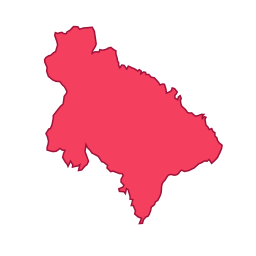 Pejuçara, Rio Grande do Sul, Brazil (Robinson projection), rotated 192°
{"feature_id": "56859067B42637722016713", "entity_name": "Pejuçara", "entity_type": "district", "adm_level": 2, "iso_a3": "BRA", "parent_name": "Brazil", "parent_adm1": "Rio Grande do Sul", "projection": "robinson", "projection_center": [-53.603, -28.445], "detail": "fine", "context": "isolated", "style": "filled", "palette": "rose", "viewbox_px": 256, "rotation_deg": 192, "n_neighbors": 0, "source": "geoboundaries", "source_scale": "gbopen_adm2", "svg_char_len": 2868}
<svg xmlns="http://www.w3.org/2000/svg" viewBox="0 0 256 256"><g transform="rotate(192 128 128)"><path d="M66.1,154.3L68.8,156.0L70.9,155.4L72.9,155.5L75.8,158.1L80.1,160.6L81.4,162.9L82.4,165.6L82.1,168.1L83.8,170.5L85.2,168.7L85.3,166.0L88.2,166.9L89.0,169.5L87.9,171.4L87.3,173.5L90.6,176.2L93.1,176.4L93.4,173.5L94.9,172.0L97.7,170.1L98.8,173.5L99.8,175.4L101.4,178.3L103.1,178.3L105.8,176.8L107.7,179.0L110.6,181.1L112.7,182.6L115.9,182.5L118.8,184.7L121.4,184.1L122.5,186.1L124.5,186.0L126.7,183.7L126.8,186.3L129.2,187.4L130.2,185.8L134.1,187.3L136.7,187.7L138.8,188.3L140.6,188.6L141.5,185.3L144.8,188.4L147.2,188.3L148.5,185.2L150.3,187.6L150.6,189.7L152.1,191.3L153.2,194.2L155.2,197.8L155.9,201.0L157.9,201.5L161.5,203.3L163.6,202.3L166.0,200.2L169.0,198.8L171.8,198.8L172.3,196.1L174.2,196.1L176.7,195.4L178.5,193.5L178.8,195.7L176.9,201.1L176.6,203.6L181.0,215.6L183.9,219.1L192.2,216.6L195.9,214.6L198.2,216.6L202.4,215.9L205.1,211.4L207.4,209.6L208.1,207.5L210.2,206.9L212.6,207.8L214.5,207.0L216.3,205.9L218.9,206.2L218.9,203.3L215.5,197.7L214.1,194.6L214.7,187.7L216.6,186.0L218.6,183.1L220.5,182.2L222.9,179.9L223.8,177.5L223.0,175.0L219.7,170.4L219.4,166.7L216.6,162.0L211.7,159.4L208.2,158.7L204.2,159.2L201.1,156.5L198.6,155.1L195.3,151.1L195.5,148.9L197.0,145.7L196.4,138.0L198.3,135.5L200.2,131.9L203.7,124.6L203.1,121.8L203.0,115.7L203.7,111.5L205.3,110.5L207.1,105.5L205.1,102.9L203.0,98.6L202.8,95.2L203.1,92.4L202.6,89.7L199.5,89.4L197.0,89.3L194.8,89.8L193.1,90.6L190.2,93.9L187.8,92.7L185.0,93.1L185.7,89.6L185.8,85.5L182.0,81.4L179.8,79.7L178.7,78.0L177.3,83.6L174.3,80.5L174.2,78.2L172.0,79.3L169.5,80.3L167.5,82.1L167.6,76.1L164.6,77.4L162.2,81.8L160.6,83.6L159.7,87.3L165.2,96.1L165.6,103.0L163.7,100.5L160.2,98.2L158.2,96.1L151.1,94.1L146.7,89.6L144.8,89.5L140.1,87.2L140.3,84.6L135.9,81.7L133.7,82.7L127.0,81.7L124.4,82.1L122.8,80.7L124.1,76.5L123.6,73.7L120.1,71.3L120.7,69.1L124.4,66.6L123.2,64.2L118.7,64.8L116.9,63.3L117.0,68.4L115.1,67.7L111.7,61.5L111.2,58.8L108.4,59.0L108.7,52.8L106.8,53.3L103.5,48.5L103.6,45.3L99.8,43.2L96.0,42.5L97.0,36.9L94.0,37.8L93.8,41.4L92.1,44.6L90.1,45.8L89.3,48.0L88.7,51.7L88.8,55.4L87.5,56.8L86.2,58.5L85.9,61.3L83.8,63.5L82.8,67.1L82.2,70.5L82.3,73.4L82.8,76.3L83.1,79.4L82.5,82.2L80.9,84.9L79.9,87.8L78.7,90.4L76.3,91.5L72.6,91.5L70.5,92.5L69.1,94.1L68.3,96.1L66.8,98.0L63.8,97.2L61.8,98.1L59.8,98.9L57.7,100.6L55.1,102.6L53.1,105.3L51.2,107.8L48.7,109.5L46.5,111.6L43.7,112.0L42.3,114.0L40.6,112.6L38.9,110.8L37.0,113.4L35.4,115.8L34.3,117.8L33.8,120.1L33.0,122.9L32.6,125.2L32.2,127.4L32.4,130.7L35.7,132.4L37.8,134.3L38.9,136.7L41.4,138.4L42.0,141.5L44.2,142.3L46.0,144.9L48.3,143.4L50.3,145.8L52.4,147.1L53.7,150.5L54.5,152.6L53.9,154.7L55.8,155.0L57.2,152.8L57.9,154.9L56.7,157.0L59.0,156.6L61.5,155.0L64.2,153.6L66.1,154.3Z" fill="#f43f5e" stroke="#9f1239" stroke-width="1.5"/></g></svg>